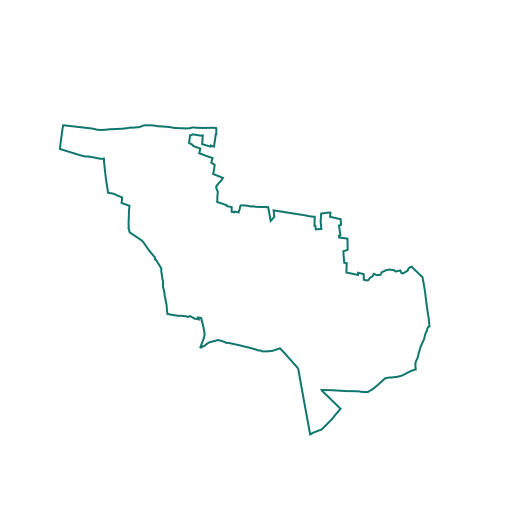 Santa Isabel Xiloxoxtla, Tlaxcala, Mexico, rotated 341°
{"feature_id": "50627088B18740069237602", "entity_name": "Santa Isabel Xiloxoxtla", "entity_type": "district", "adm_level": 2, "iso_a3": "MEX", "parent_name": "Mexico", "parent_adm1": "Tlaxcala", "projection": "equal_earth", "projection_center": [-98.207, 19.264], "detail": "fine", "context": "isolated", "style": "outline", "palette": "teal", "viewbox_px": 512, "rotation_deg": 341, "n_neighbors": 0, "source": "geoboundaries", "source_scale": "gbopen_adm2", "svg_char_len": 5656}
<svg xmlns="http://www.w3.org/2000/svg" viewBox="0 0 512 512"><g transform="rotate(341 256 256)"><path d="M399.1,316.7L397.1,317.1L396.0,317.6L394.6,319.3L392.1,319.7L390.2,320.2L388.8,320.2L387.8,319.1L387.8,316.7L387.2,316.6L382.9,316.1L381.7,314.2L378.1,312.4L374.7,311.8L369.7,312.3L367.7,314.2L366.3,314.1L363.7,313.3L361.6,311.2L359.4,313.2L356.7,313.7L355.3,314.8L353.8,315.5L352.5,315.0L350.2,313.5L350.6,312.5L351.9,308.2L347.1,305.1L346.3,307.1L336.1,301.0L336.9,298.7L337.0,298.4L337.2,298.1L339.4,292.3L337.2,291.1L339.9,280.7L340.2,279.9L341.3,280.0L342.0,280.0L343.1,280.0L344.1,280.1L344.8,279.7L345.0,279.1L348.0,269.8L348.1,269.3L340.6,265.6L340.6,265.4L341.0,263.9L342.5,263.9L344.4,254.2L346.6,254.2L348.0,248.7L344.5,246.6L344.0,246.2L338.8,243.1L338.9,242.9L340.5,239.3L339.3,238.7L336.6,238.1L331.4,237.1L330.3,239.7L330.2,240.0L328.3,244.5L326.6,251.7L321.2,250.3L321.9,246.9L321.1,246.4L324.2,238.3L324.3,238.0L322.7,237.4L317.7,234.9L317.1,234.3L287.5,218.6L286.1,224.9L281.9,227.3L281.3,227.6L282.3,221.1L283.4,213.8L282.4,213.4L275.9,211.0L275.6,210.9L270.9,209.0L270.0,208.3L269.6,208.0L269.1,207.9L268.6,208.0L267.7,207.6L266.4,207.1L265.4,206.3L264.2,205.7L262.1,204.7L260.3,204.0L258.8,203.4L257.9,203.3L257.2,203.9L256.3,205.8L254.6,207.8L253.8,209.1L253.1,208.7L250.1,207.0L249.6,207.6L247.7,206.4L247.4,206.3L248.9,201.8L248.6,201.7L244.6,199.2L244.7,198.3L236.9,192.3L239.0,186.8L240.8,182.9L240.8,182.5L240.8,182.2L240.7,181.5L240.7,180.9L240.6,179.0L240.6,178.3L241.4,176.9L244.7,174.9L247.3,173.5L250.2,171.4L249.5,170.8L247.0,168.6L242.2,164.6L243.9,161.7L246.6,156.4L244.9,154.2L244.2,153.3L244.1,153.2L246.8,149.2L240.9,144.7L240.2,144.0L235.8,140.4L238.3,136.3L233.1,132.1L232.1,131.0L232.2,130.1L229.5,127.5L229.5,127.2L231.0,124.4L232.9,120.5L234.4,120.6L235.9,120.4L238.0,121.6L242.9,124.2L244.9,124.7L241.5,132.7L248.6,137.8L249.3,136.8L251.9,138.9L257.5,128.0L257.8,128.1L258.1,128.0L260.0,122.3L260.0,122.1L257.8,121.0L251.3,118.9L247.3,117.6L243.1,116.0L240.2,114.8L238.7,114.1L237.9,113.8L235.3,113.6L233.5,113.3L231.1,112.5L228.8,111.5L226.1,110.6L219.8,108.0L216.6,106.1L213.7,104.8L211.7,103.9L209.0,102.8L206.2,101.7L204.6,100.9L203.5,100.2L202.8,99.8L201.2,99.1L199.8,98.5L198.5,98.0L197.6,97.7L194.9,96.7L194.0,96.4L192.6,96.1L191.8,96.0L188.6,96.1L187.9,96.1L186.3,95.9L184.6,95.3L182.9,95.0L182.0,94.8L180.6,94.3L179.0,93.7L177.2,93.4L175.8,93.2L173.1,92.6L170.6,92.0L165.9,90.6L161.4,89.3L158.8,88.4L158.4,88.4L155.6,87.8L153.6,87.3L150.0,86.2L148.0,85.4L147.3,85.1L143.2,82.5L142.8,82.3L142.3,82.0L116.5,69.7L116.2,69.6L115.8,70.3L115.4,71.2L114.9,71.9L109.1,83.4L108.0,85.5L105.5,91.0L110.0,94.3L125.1,105.3L126.0,105.9L127.9,106.6L130.2,107.5L133.7,109.4L137.9,111.9L139.7,112.9L141.4,113.8L143.5,114.3L143.9,114.4L143.1,117.1L141.5,123.8L140.5,128.3L139.1,134.9L136.7,148.1L137.1,148.3L141.5,150.7L145.9,154.8L147.7,156.3L148.5,157.1L146.2,162.1L152.5,167.2L152.7,167.3L151.6,169.8L150.8,171.5L149.8,174.1L148.5,177.6L148.3,178.2L147.8,179.3L147.0,181.3L146.5,182.8L145.8,184.6L145.4,186.3L144.9,187.5L144.7,187.8L144.4,188.2L144.6,188.8L144.7,189.2L144.7,189.8L144.5,190.4L144.3,191.2L144.2,191.9L144.4,192.6L144.9,193.5L145.5,194.2L148.1,197.6L152.1,202.9L153.2,204.4L153.6,205.3L154.2,207.0L156.5,215.3L158.5,220.7L160.1,225.0L159.4,226.1L159.7,226.6L160.0,226.9L160.1,227.2L160.3,227.5L162.3,236.4L162.4,237.2L161.5,239.3L160.8,243.4L160.2,246.5L159.8,248.0L159.9,248.3L159.9,248.7L159.7,250.3L158.9,252.6L158.4,253.7L158.0,255.3L157.8,259.3L156.6,264.2L156.4,266.9L155.4,273.6L154.2,278.1L153.4,282.0L156.8,283.9L163.7,287.6L164.6,287.6L168.6,289.5L171.0,290.7L172.4,291.6L173.8,291.3L174.7,291.9L176.0,293.5L177.3,294.8L177.7,295.5L179.1,295.9L181.2,297.3L181.3,295.3L183.6,296.6L183.9,296.8L183.3,304.5L183.0,307.2L182.6,309.3L182.4,310.7L182.3,311.1L182.0,313.0L181.7,313.8L181.6,314.0L181.0,315.0L179.4,317.4L176.6,320.7L174.1,323.7L173.7,324.2L174.3,324.8L174.7,324.8L174.9,324.6L175.2,324.3L175.7,324.0L176.3,324.0L176.8,324.3L177.4,324.4L177.8,324.3L179.7,323.5L182.0,322.8L183.1,322.6L184.5,322.4L184.9,322.4L185.1,322.5L185.5,322.6L186.6,322.7L187.7,322.7L190.1,323.0L191.1,322.9L191.9,322.9L192.9,323.2L194.4,324.2L195.9,325.2L198.5,327.2L199.5,328.5L200.1,328.5L201.5,329.1L205.2,331.3L211.4,335.1L220.5,341.0L222.6,342.4L225.2,344.2L228.0,346.4L229.6,346.8L230.0,347.1L230.6,348.0L231.0,348.3L236.9,350.2L241.3,351.1L248.6,351.1L248.7,351.3L251.3,356.9L251.5,357.3L251.8,358.1L253.8,363.0L255.7,367.4L259.0,375.5L259.1,375.8L259.2,376.2L258.4,381.5L253.3,414.5L249.1,442.4L249.3,442.4L250.2,442.2L252.0,441.7L255.7,441.6L256.6,441.5L261.7,441.4L269.6,437.5L275.6,434.5L277.4,433.3L278.0,432.8L286.2,428.0L281.1,417.9L278.1,411.9L274.7,405.3L274.5,404.1L283.3,407.3L298.6,413.6L300.8,414.3L309.3,417.5L311.7,418.9L315.3,420.3L317.6,421.0L321.1,420.2L322.3,420.1L323.0,419.8L325.2,419.1L326.8,418.5L327.5,418.2L328.4,417.9L330.3,417.1L335.3,415.0L337.8,413.9L338.3,413.7L338.5,413.7L342.9,414.4L343.7,414.7L344.5,415.0L349.4,416.0L350.6,416.3L353.8,416.5L355.1,416.6L356.0,416.5L360.8,415.8L363.4,415.4L366.0,415.1L369.2,415.2L370.1,415.3L370.6,413.1L371.4,410.4L371.5,410.0L372.4,408.3L374.0,406.6L376.2,404.3L377.1,402.7L377.8,401.4L380.2,398.1L382.6,394.8L388.0,389.2L388.3,388.8L388.5,388.3L389.8,386.2L391.1,384.5L391.8,383.5L392.5,383.1L393.1,382.4L393.9,381.2L394.4,380.4L395.3,379.4L395.9,379.1L397.1,379.1L399.2,370.3L399.2,369.9L400.2,364.1L402.2,354.2L403.6,347.6L403.8,346.9L404.2,344.6L404.9,340.8L405.0,339.8L405.2,338.7L405.3,338.2L406.5,330.3L406.5,330.1L406.4,329.9L400.2,318.1L399.9,317.0L399.1,316.7Z" fill="none" stroke="#0f766e" stroke-width="2"/></g></svg>